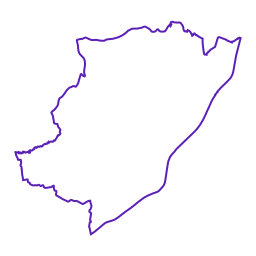 Itagüí, Antioquia, Colombia (Equal Earth projection)
{"feature_id": "7082276B40156907925674", "entity_name": "Itagüí", "entity_type": "district", "adm_level": 2, "iso_a3": "COL", "parent_name": "Colombia", "parent_adm1": "Antioquia", "projection": "equal_earth", "projection_center": [-75.62, 6.177], "detail": "fine", "context": "isolated", "style": "outline", "palette": "violet", "viewbox_px": 256, "rotation_deg": 0, "n_neighbors": 0, "source": "geoboundaries", "source_scale": "gbopen_adm2", "svg_char_len": 5530}
<svg xmlns="http://www.w3.org/2000/svg" viewBox="0 0 256 256"><path d="M232.6,74.0L233.4,71.0L236.1,55.6L240.6,38.1L239.4,37.7L237.8,38.8L237.7,38.5L233.8,41.3L233.4,41.4L232.1,41.6L231.9,42.5L226.9,40.4L226.6,39.9L219.5,37.2L218.9,37.1L218.0,37.6L217.8,37.9L215.1,46.8L213.6,47.8L210.4,49.8L209.3,51.2L208.9,51.5L208.4,51.6L208.3,52.0L207.8,52.7L206.8,53.3L206.6,54.8L204.7,54.5L204.2,54.2L203.4,49.9L202.7,43.8L202.6,42.1L202.6,39.4L202.7,38.7L199.1,36.9L198.0,36.0L197.4,35.9L196.7,35.0L195.9,35.0L195.7,34.9L195.3,34.6L194.9,33.7L194.4,33.4L194.2,33.4L193.6,33.9L192.9,35.3L192.2,35.8L191.4,33.8L190.4,32.1L189.9,31.5L189.4,31.1L187.7,30.1L187.0,31.8L186.2,31.3L186.1,31.1L185.9,31.1L185.6,31.4L185.2,31.5L184.4,31.1L184.1,30.8L183.5,29.3L183.3,28.3L183.2,26.9L183.0,26.4L182.8,26.0L182.5,25.8L182.3,25.1L181.0,23.4L180.6,23.0L179.6,22.5L176.7,22.6L175.9,22.4L174.1,22.4L172.7,21.8L172.1,21.8L171.1,22.1L170.6,22.9L170.7,23.4L171.4,24.2L171.4,24.4L170.4,26.3L169.5,25.4L169.6,24.9L167.9,26.7L165.7,30.5L165.2,31.0L164.8,31.3L164.1,31.5L163.3,31.6L161.1,31.6L160.1,31.4L159.3,30.9L158.5,29.8L158.1,29.4L157.8,29.3L157.4,29.3L155.7,31.0L154.8,31.6L154.2,31.8L152.5,31.8L151.6,31.5L150.1,29.6L148.9,28.6L145.5,26.8L144.8,26.6L144.2,26.7L143.7,26.8L142.0,27.6L140.5,28.0L139.0,28.2L138.0,28.5L137.0,28.6L133.5,28.6L132.4,28.7L131.3,29.1L128.1,30.7L126.0,32.8L125.0,33.5L122.9,35.0L118.8,37.1L114.7,38.3L112.7,38.8L107.1,39.4L106.1,39.7L104.5,40.6L104.0,40.8L99.9,40.6L97.2,40.0L95.5,39.9L92.2,40.1L90.0,39.5L86.2,37.7L85.6,37.6L85.1,37.6L84.6,37.8L82.7,38.7L82.1,38.9L79.5,39.2L78.2,39.5L77.4,39.8L76.9,40.1L76.8,40.6L77.5,43.3L77.9,45.5L78.1,47.3L78.2,48.7L78.4,50.4L78.6,51.2L79.2,53.0L80.0,54.3L83.5,57.9L84.2,59.1L84.7,60.7L85.0,63.1L85.0,64.1L84.9,65.4L84.7,67.2L84.2,70.3L84.1,72.8L84.8,74.9L84.9,75.7L84.9,76.1L84.7,76.3L84.3,76.3L83.5,76.0L82.0,74.7L81.6,74.2L81.4,74.0L81.0,74.1L80.7,74.4L78.8,80.6L78.6,81.9L77.9,83.6L77.5,84.5L76.1,86.5L75.7,86.7L74.8,86.5L74.2,86.1L72.9,86.1L71.3,87.1L70.1,87.4L69.5,87.7L68.8,88.2L66.8,90.2L64.0,94.3L62.5,96.2L61.8,96.9L60.3,97.8L59.5,98.5L59.2,99.0L58.7,100.3L58.1,104.1L57.6,105.6L56.5,107.2L54.6,109.6L54.1,110.0L52.2,111.4L51.8,111.9L51.5,112.7L51.4,112.8L52.7,115.4L53.0,116.3L53.1,116.9L53.2,118.5L53.5,119.4L53.7,120.1L53.9,122.6L54.1,123.0L54.3,123.3L55.3,123.7L56.1,123.9L57.2,124.0L57.5,124.2L57.8,125.2L57.9,126.3L58.1,126.7L60.1,129.2L60.4,129.9L59.8,131.6L59.8,131.9L60.4,133.7L59.3,135.0L58.9,135.1L58.4,135.0L58.1,135.3L58.0,135.8L57.6,135.8L56.5,138.2L55.8,139.0L55.5,139.7L55.4,140.0L55.1,140.5L54.8,140.7L54.5,140.7L54.1,140.4L53.8,140.4L53.0,141.6L52.7,141.8L51.6,141.7L51.0,141.5L50.6,141.5L49.8,142.0L49.1,142.7L48.9,142.7L48.7,142.6L48.4,141.9L48.2,142.1L48.0,142.9L47.8,143.4L47.2,143.6L46.8,143.4L46.5,143.4L46.1,143.7L46.0,144.0L45.7,144.1L45.2,143.9L44.2,144.2L43.5,144.9L42.9,145.2L42.7,145.8L42.4,146.2L41.6,146.3L41.4,146.5L41.0,146.3L40.7,146.1L40.4,146.1L40.0,146.3L39.6,146.8L39.4,146.9L38.0,146.5L37.7,146.6L36.6,147.8L36.3,147.5L36.0,147.2L35.9,147.2L35.6,147.6L35.2,147.7L34.9,147.4L34.7,147.4L34.4,147.7L34.3,148.9L34.0,149.3L33.1,149.3L32.7,150.0L31.8,150.6L31.2,150.3L30.0,150.3L29.8,150.6L29.3,150.8L29.3,151.4L29.5,151.6L29.9,151.7L30.1,152.2L30.0,152.5L29.8,152.8L28.9,152.8L28.8,152.6L28.9,151.8L28.8,151.6L28.7,151.5L27.5,152.0L26.6,152.3L26.2,152.5L25.8,152.2L25.5,152.2L25.4,152.5L25.2,152.5L24.5,152.2L24.1,151.7L23.5,151.6L23.4,152.0L23.6,152.3L23.4,152.6L23.2,152.7L22.7,152.2L21.8,153.3L21.2,152.7L20.8,152.6L20.6,152.6L20.3,153.3L20.0,153.4L19.9,153.4L19.7,153.1L19.7,152.6L19.5,152.4L19.2,152.4L18.9,152.1L18.6,152.0L18.3,152.2L18.3,152.6L18.2,152.9L17.5,152.3L16.9,152.5L15.6,152.1L15.4,152.1L15.4,152.4L15.7,153.2L15.9,154.2L16.2,155.4L17.4,157.7L18.0,159.7L18.6,159.8L20.7,159.8L21.0,161.0L21.2,163.1L20.7,164.7L20.5,165.0L20.5,165.4L20.6,165.7L21.5,167.0L21.8,169.4L21.7,169.4L22.3,175.4L22.6,176.4L23.1,180.1L26.3,179.6L27.6,179.5L28.0,182.0L28.3,182.4L29.6,182.7L29.8,183.0L30.2,184.3L31.1,184.6L32.8,185.4L33.2,185.4L34.1,185.4L34.9,185.2L37.4,185.4L38.4,184.8L38.6,184.8L39.5,185.1L40.5,186.0L41.0,185.9L42.9,185.2L43.0,185.3L43.4,185.7L44.1,187.4L44.5,187.7L45.3,187.9L48.2,187.6L49.7,187.2L51.2,187.2L51.5,187.0L52.3,186.3L52.8,186.0L53.3,185.8L53.8,185.8L53.9,188.7L54.6,190.5L54.9,190.7L55.9,190.8L56.2,191.1L56.4,191.3L56.4,192.2L56.3,193.0L55.9,194.2L56.0,194.6L56.3,195.3L62.5,199.0L68.0,201.6L68.7,201.5L70.6,200.1L71.1,199.9L71.5,199.9L73.9,201.0L76.7,200.9L82.2,203.8L82.9,204.0L83.3,203.9L87.1,201.6L88.8,200.9L90.2,200.7L90.6,203.2L91.3,205.0L91.4,205.7L91.3,207.0L90.9,208.3L90.4,209.3L90.0,209.8L89.5,210.2L89.4,211.5L89.4,211.8L91.1,213.2L90.1,219.8L90.8,221.4L90.9,221.8L89.8,222.3L89.2,225.7L89.1,226.7L89.1,227.0L89.5,227.6L90.9,234.2L91.7,233.7L94.3,232.0L96.7,230.0L105.0,223.1L107.3,222.0L109.9,221.3L113.5,220.1L115.4,219.2L118.1,217.4L124.9,212.1L131.0,207.8L135.0,204.7L136.8,203.1L143.4,198.1L144.5,197.4L148.0,195.5L153.5,193.2L156.2,192.3L157.7,191.7L159.2,190.6L162.7,186.7L163.2,186.1L163.9,185.1L164.4,183.8L164.8,182.7L165.4,179.8L167.8,163.8L168.1,162.4L168.4,161.0L169.1,159.3L169.7,157.8L170.2,156.7L172.0,154.3L174.6,151.5L176.2,149.3L177.8,147.7L187.8,138.1L192.3,133.8L194.7,131.4L196.7,129.3L199.9,125.1L202.0,121.6L203.2,119.5L205.4,115.0L207.2,110.9L208.7,107.7L211.4,101.6L212.7,99.1L214.1,96.9L215.3,95.2L215.0,94.9L216.2,93.4L217.5,92.1L217.3,91.8L220.7,87.9L226.4,82.4L229.0,79.7L230.1,78.5L230.9,77.4L231.8,75.8L232.6,74.0Z" fill="none" stroke="#5b21b6" stroke-width="2"/></svg>